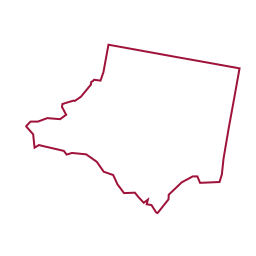 the district of Wright, Minnesota, United States of America, rotated 190°
{"feature_id": "52423323B29714862444968", "entity_name": "Wright", "entity_type": "district", "adm_level": 2, "iso_a3": "USA", "parent_name": "United States of America", "parent_adm1": "Minnesota", "projection": "equal_earth", "projection_center": [-93.865, 45.201], "detail": "fine", "context": "isolated", "style": "outline", "palette": "rose", "viewbox_px": 256, "rotation_deg": 190, "n_neighbors": 0, "source": "geoboundaries", "source_scale": "gbopen_adm2", "svg_char_len": 779}
<svg xmlns="http://www.w3.org/2000/svg" viewBox="0 0 256 256"><g transform="rotate(190 128 128)"><path d="M28.5,206.1L95.0,206.3L161.7,206.6L161.9,178.6L163.3,169.9L169.8,169.6L170.8,168.0L171.0,167.9L172.2,167.0L172.2,165.8L172.0,164.4L179.8,150.6L185.1,145.4L186.5,145.5L196.7,140.3L196.7,137.3L191.2,130.3L196.4,124.9L209.2,123.7L217.8,118.7L225.1,117.4L228.3,112.6L228.5,111.8L220.3,105.3L216.6,92.4L212.8,95.7L187.2,94.3L183.8,91.2L178.8,93.7L164.6,94.8L152.9,89.3L144.3,80.7L134.4,79.1L128.6,70.7L120.6,63.2L110.0,65.5L105.6,61.7L99.5,57.1L96.0,60.9L96.3,56.1L91.5,56.2L85.6,49.7L84.1,49.4L75.7,64.8L76.3,69.4L65.6,83.9L55.8,91.6L51.3,92.4L47.5,86.5L28.5,90.7L27.5,98.6L28.6,114.3L28.8,144.9L28.6,175.4L28.5,206.1Z" fill="none" stroke="#9f1239" stroke-width="2"/></g></svg>